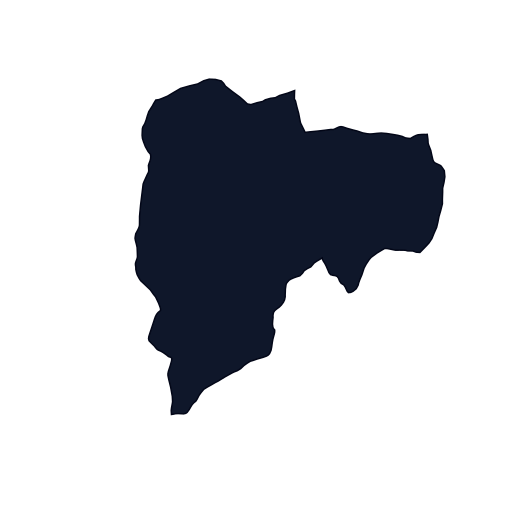 the district of Katsho, Ha, Bhutan, rotated 203°
{"feature_id": "84629894B80124152926189", "entity_name": "Katsho", "entity_type": "district", "adm_level": 2, "iso_a3": "BTN", "parent_name": "Bhutan", "parent_adm1": "Ha", "projection": "equal_earth", "projection_center": [89.286, 27.406], "detail": "fine", "context": "isolated", "style": "filled", "palette": "ink", "viewbox_px": 512, "rotation_deg": 203, "n_neighbors": 0, "source": "geoboundaries", "source_scale": "gbopen_adm2", "svg_char_len": 4042}
<svg xmlns="http://www.w3.org/2000/svg" viewBox="0 0 512 512"><g transform="rotate(203 256 256)"><path d="M116.0,408.1L118.1,409.5L120.7,411.1L121.9,411.4L124.4,411.5L127.5,411.6L129.4,412.3L130.9,413.8L134.3,418.5L136.4,421.5L140.6,425.8L141.7,427.2L143.3,430.5L145.9,434.9L147.2,434.2L148.6,433.7L151.2,432.5L154.2,430.9L155.6,429.7L157.5,427.6L159.8,424.5L162.3,423.7L164.7,423.1L168.2,423.2L172.7,422.5L177.4,421.4L183.7,419.8L188.8,418.1L192.5,416.2L197.0,413.7L198.9,412.8L201.4,412.0L205.9,411.0L211.6,410.6L216.0,409.9L219.1,409.5L222.1,409.1L226.3,408.8L228.3,408.3L229.9,407.3L231.5,405.6L233.4,403.4L234.5,402.5L236.4,401.8L242.2,398.4L248.4,394.9L255.2,391.2L259.1,389.0L261.8,391.4L266.8,395.7L267.8,397.0L272.5,404.0L276.9,409.6L280.2,414.1L282.0,415.5L283.9,420.2L285.1,423.4L290.5,418.3L297.0,413.0L300.0,409.3L304.3,406.8L308.5,403.4L310.2,400.9L314.8,397.6L319.8,393.4L323.3,392.6L324.5,393.0L328.2,394.4L333.1,396.0L342.0,398.1L350.5,400.4L353.1,402.2L356.3,403.6L362.3,402.7L368.2,400.5L372.6,396.9L376.9,391.6L383.7,386.6L390.9,380.8L395.9,374.1L399.9,368.6L403.9,364.5L406.4,362.1L409.2,360.4L409.8,356.3L410.0,353.7L410.4,351.5L411.1,347.0L410.8,342.6L410.3,338.5L410.1,334.4L410.3,332.9L410.6,330.5L410.3,328.7L409.1,325.5L408.0,322.6L406.5,319.9L404.1,317.1L400.5,313.4L396.1,310.0L392.9,308.4L391.7,306.4L391.0,304.2L390.7,302.1L390.6,299.2L390.4,297.3L389.0,294.5L388.1,292.7L387.7,291.1L387.9,288.7L388.0,284.7L388.1,280.6L388.0,278.1L387.0,274.7L382.1,257.6L378.7,247.0L377.3,243.7L375.3,238.8L375.0,237.4L374.9,235.9L375.0,233.7L375.2,231.4L375.4,229.5L374.8,226.9L374.3,225.1L373.1,223.2L370.7,220.1L368.9,217.6L368.2,216.2L366.5,212.6L364.9,209.1L364.5,207.6L364.3,203.8L364.1,202.2L363.5,200.7L362.3,198.8L361.3,196.6L359.9,194.6L358.1,192.4L354.9,189.8L352.5,188.2L348.1,186.6L340.1,183.6L335.4,180.7L332.4,179.1L327.2,174.5L325.3,172.5L324.1,171.2L323.1,169.9L322.6,168.5L324.0,165.9L324.7,163.5L324.9,160.8L324.8,158.8L324.3,153.1L323.5,143.2L323.2,140.1L322.6,137.9L321.3,136.2L318.4,135.0L316.9,134.4L314.3,133.4L312.8,132.5L310.7,131.5L309.3,131.2L306.4,131.2L303.9,130.9L302.0,130.5L299.4,129.9L297.9,129.4L296.5,129.2L295.1,129.5L293.5,128.9L292.7,126.3L292.4,123.8L292.1,121.8L291.8,118.2L291.6,115.8L291.1,113.3L290.3,111.5L287.8,107.9L283.3,101.9L278.2,94.1L275.9,89.4L275.5,88.0L274.4,83.1L273.7,80.7L271.9,77.1L270.3,78.1L268.3,79.5L265.7,80.7L261.0,82.4L259.2,83.7L258.3,85.1L257.5,88.5L257.1,91.8L256.7,94.3L255.9,96.6L254.7,98.8L254.3,101.2L254.0,105.4L253.2,108.9L252.0,112.9L250.6,114.9L249.4,116.6L246.9,119.8L244.0,123.7L242.1,125.9L240.4,128.3L237.5,132.4L232.7,138.6L230.9,140.7L228.4,143.1L226.1,146.3L224.3,150.5L222.1,154.1L220.1,156.9L217.9,158.7L214.6,161.7L210.0,165.4L207.4,167.8L206.2,169.3L205.4,171.3L205.3,175.0L206.0,178.3L207.2,182.7L208.0,186.2L208.7,191.3L209.1,193.3L209.9,195.2L211.5,196.0L212.6,197.0L214.2,199.7L215.4,203.1L216.3,206.1L217.1,207.8L217.6,209.6L217.8,211.2L217.4,213.1L216.4,215.1L214.6,218.1L213.5,220.8L212.7,224.2L212.6,226.9L213.2,229.9L214.0,231.7L214.8,233.9L216.0,237.0L217.0,240.7L217.3,242.3L217.0,243.9L216.1,246.6L215.1,248.1L212.8,250.6L210.4,252.8L207.9,254.9L206.5,258.3L205.9,261.3L203.8,264.5L201.3,267.4L199.7,272.4L198.1,274.9L195.3,278.7L194.3,280.1L193.4,278.8L191.9,277.5L189.9,276.2L187.6,274.3L185.4,272.2L183.8,270.7L182.3,269.2L180.1,268.0L177.5,268.3L175.3,268.9L173.3,268.9L171.4,267.8L169.3,265.6L166.9,264.1L163.9,263.7L161.9,262.4L160.2,260.9L158.3,259.2L156.6,258.4L154.6,259.5L152.9,261.4L151.0,265.0L150.8,267.0L150.6,269.1L151.0,271.4L151.2,274.6L151.2,280.1L151.8,287.1L151.4,291.6L150.4,296.9L149.5,299.7L146.0,305.7L142.7,310.3L140.5,313.2L137.9,314.2L135.5,314.7L131.0,315.6L129.8,315.9L126.1,317.5L122.2,319.1L120.4,319.7L118.6,319.9L113.6,321.9L110.1,322.1L106.5,323.3L104.2,329.2L101.9,335.4L100.9,340.7L101.0,346.6L100.9,352.9L101.8,358.2L103.0,363.8L103.7,369.8L104.8,376.9L106.6,381.1L109.1,387.6L110.7,391.4L111.7,397.1L113.1,402.7L116.0,408.1Z" fill="#0f172a" stroke="#020617" stroke-width="1.5"/></g></svg>